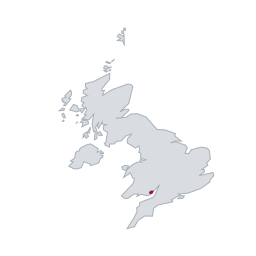 Cardiff highlighted on a map of United Kingdom, rotated 340°
{"feature_id": "GBR-2116", "entity_name": "Cardiff", "entity_type": "Unitary Authority (wales)", "adm_level": 1, "iso_a3": "GBR", "parent_name": "United Kingdom", "parent_adm1": "", "projection": "natural_earth1", "projection_center": [-3.176, 51.503], "detail": "fine", "context": "in_parent", "style": "filled", "palette": "rose", "viewbox_px": 256, "rotation_deg": 340, "n_neighbors": 0, "source": "natural_earth", "source_scale": "10m", "svg_char_len": 3924}
<svg xmlns="http://www.w3.org/2000/svg" viewBox="0 0 256 256"><g transform="rotate(340 128 128)"><path d="M138.4,192.1L126.3,198.4L122.5,198.0L117.9,194.8L113.0,195.2L115.1,193.6L110.9,192.1L103.6,194.2L100.5,192.7L98.6,189.6L114.3,181.6L116.7,177.7L115.3,176.5L115.0,171.0L106.9,173.0L112.7,166.9L119.7,164.0L125.8,163.3L129.0,164.9L128.1,162.5L129.5,161.9L131.5,164.1L133.9,164.0L129.5,160.4L131.4,156.4L129.7,154.5L131.7,152.4L132.2,148.5L128.1,149.4L122.2,141.7L123.9,138.0L129.8,134.8L122.8,134.9L117.2,137.8L113.1,136.7L109.4,138.2L105.3,136.7L104.0,139.5L100.9,136.5L100.5,134.2L102.1,134.2L107.3,125.1L104.4,121.6L105.4,117.6L108.7,117.4L105.1,115.4L105.8,113.6L100.0,118.3L100.0,115.2L103.1,112.2L97.8,116.0L97.7,120.4L95.3,127.1L92.3,127.6L96.1,119.8L94.4,119.6L95.7,111.9L100.6,103.1L94.2,107.0L87.7,103.8L93.2,101.4L91.5,100.5L95.2,97.0L95.6,94.8L92.5,92.2L92.4,90.7L95.4,89.3L93.2,87.2L95.1,83.5L101.2,83.5L97.8,80.2L98.8,77.3L103.3,76.9L102.2,74.8L103.2,71.6L111.1,72.6L129.6,70.4L127.4,75.9L117.0,82.1L116.3,84.0L118.7,84.6L115.0,88.8L126.3,86.5L142.8,86.6L145.6,88.2L146.8,90.6L137.1,105.2L126.1,110.0L131.9,109.4L135.1,110.8L134.8,111.9L125.4,115.9L119.6,114.7L129.7,117.2L135.8,115.9L142.0,118.0L148.8,123.9L154.7,139.2L162.5,142.7L170.7,149.6L169.1,151.3L173.6,158.6L168.2,156.4L162.8,156.6L167.9,157.2L175.9,163.5L177.1,166.7L172.9,171.2L176.2,172.9L180.0,170.1L190.0,170.9L195.4,173.9L196.7,177.1L194.8,185.3L189.8,188.0L190.4,190.2L183.1,192.3L185.2,193.0L185.1,195.2L178.6,197.1L192.6,198.9L192.4,202.2L187.5,204.6L186.3,206.8L175.7,209.7L161.7,209.7L152.8,207.3L153.9,208.7L144.1,210.4L145.1,212.2L144.1,212.6L130.4,210.6L124.7,212.1L120.8,219.2L113.5,216.4L105.9,218.3L100.3,222.9L92.7,222.2L103.6,213.9L108.0,209.5L108.9,205.9L112.1,205.0L113.7,202.1L128.5,201.8L138.4,192.1ZM88.6,150.8L79.8,150.6L79.9,148.8L75.0,144.5L70.5,149.3L66.6,149.1L63.2,147.9L59.3,143.6L64.8,141.1L62.7,139.3L67.6,138.1L70.1,133.5L72.3,132.3L73.9,133.1L76.1,130.7L82.6,129.7L87.4,130.1L92.9,137.2L90.7,140.3L94.7,139.9L96.3,142.8L96.1,143.8L93.5,141.9L93.7,144.9L95.0,145.1L94.3,146.8L91.3,147.5L88.6,150.8ZM87.3,75.1L85.5,78.2L82.4,79.8L84.2,81.1L76.9,85.8L75.2,84.7L78.3,82.8L75.6,81.4L76.6,80.6L75.3,79.8L76.1,77.6L80.2,78.1L79.5,76.2L86.8,72.7L87.3,75.1ZM87.8,90.0L87.9,93.3L94.2,94.9L89.8,98.1L89.2,95.3L85.3,95.3L79.4,91.1L85.0,87.2L87.8,90.0ZM151.9,36.6L154.6,39.8L156.0,39.4L152.9,49.1L152.9,44.4L148.0,42.2L151.8,41.3L149.1,38.5L151.9,36.6ZM92.5,110.3L85.1,111.2L87.6,107.7L85.1,106.4L88.1,105.0L92.7,107.7L92.5,110.3ZM112.1,162.1L115.8,164.1L111.3,167.1L108.8,164.9L108.6,162.6L112.1,162.1ZM87.6,117.6L88.0,122.4L85.1,123.3L85.1,120.2L82.5,121.7L83.6,118.9L87.6,117.6ZM129.6,62.4L129.3,64.1L133.5,64.9L128.0,65.5L125.5,63.8L127.0,61.7L129.6,62.4ZM101.5,126.0L98.4,125.5L97.9,122.2L100.4,121.8L101.5,126.0ZM157.8,211.1L155.2,212.9L150.7,211.5L154.3,209.6L157.8,211.1ZM89.7,119.6L88.3,118.2L93.1,114.3L92.1,116.2L89.7,119.6ZM73.5,86.9L75.0,87.9L73.8,89.5L69.3,88.3L73.5,86.9ZM72.7,96.8L70.9,96.5L70.6,92.2L72.6,92.3L72.7,96.8ZM156.1,38.2L154.5,36.7L155.4,34.7L156.8,35.3L156.1,38.2ZM133.9,60.9L132.7,61.4L129.6,58.6L130.6,58.2L133.9,60.9ZM128.1,67.7L126.5,67.9L125.0,65.7L126.6,65.8L128.1,67.7ZM159.6,33.1L159.0,35.3L157.7,35.1L157.7,33.2L159.6,33.1ZM137.9,59.5L134.8,60.2L138.2,59.0L137.9,59.5ZM85.8,99.4L84.9,99.6L83.7,98.5L85.2,97.9L85.8,99.4ZM131.7,67.1L130.6,68.3L129.8,67.2L131.7,67.1ZM82.3,105.4L80.4,105.9L82.9,104.7L82.3,105.4ZM70.4,99.4L69.2,99.7L68.7,99.3L69.9,98.5L70.4,99.4Z" fill="#d9dde1" stroke="#a8b0b8" stroke-width="1"/><path d="M129.3,196.3L129.1,196.3L128.9,196.5L128.5,196.8L128.4,197.1L128.1,197.2L128.0,197.3L127.9,197.2L127.7,197.1L127.4,197.0L127.2,197.0L126.9,197.0L126.7,197.0L126.6,196.8L126.4,196.6L126.3,196.4L126.5,196.1L127.1,195.7L127.4,195.5L128.2,195.5L129.0,195.7L129.1,195.8L129.5,196.0L129.3,196.2L129.3,196.3Z" fill="#f43f5e" stroke="#9f1239" stroke-width="1.5"/></g></svg>